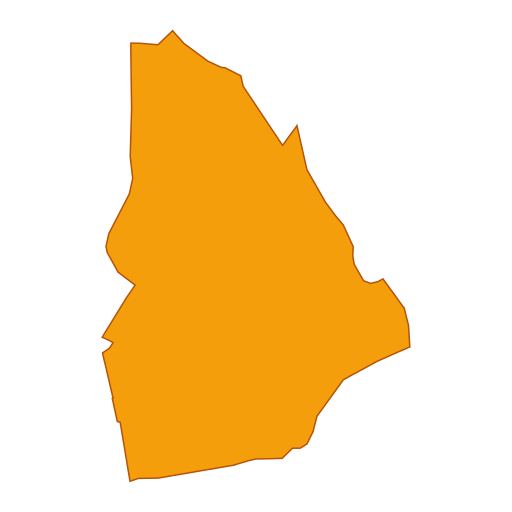 the district of Gharb Jabal Marrah, Central Darfur, Sudan
{"feature_id": "16777658B15584581797424", "entity_name": "Gharb Jabal Marrah", "entity_type": "district", "adm_level": 2, "iso_a3": "SDN", "parent_name": "Sudan", "parent_adm1": "Central Darfur", "projection": "equal_earth", "projection_center": [24.023, 13.095], "detail": "fine", "context": "isolated", "style": "filled", "palette": "amber", "viewbox_px": 512, "rotation_deg": 0, "n_neighbors": 0, "source": "geoboundaries", "source_scale": "gbopen_adm2", "svg_char_len": 3314}
<svg xmlns="http://www.w3.org/2000/svg" viewBox="0 0 512 512"><path d="M296.9,125.7L296.7,126.1L296.5,126.3L294.6,129.0L294.1,129.6L293.5,130.4L293.4,130.6L293.2,130.9L292.4,131.9L292.3,132.1L292.0,132.4L291.6,133.0L291.0,133.8L290.9,134.0L290.4,134.7L289.9,135.3L287.5,138.6L287.1,139.1L286.7,139.7L286.5,140.0L285.8,140.9L285.6,141.2L285.5,141.3L285.3,141.7L285.2,141.8L284.8,142.4L284.4,142.9L284.2,143.2L283.9,143.5L283.6,144.0L283.4,144.2L283.0,144.8L282.9,145.0L282.7,145.1L282.5,145.3L282.3,145.0L282.1,144.6L281.9,144.4L281.8,144.2L281.7,144.1L281.4,143.7L280.8,142.7L279.6,141.0L277.1,137.2L275.9,135.4L269.2,125.4L268.0,123.6L255.9,105.4L243.2,86.4L240.8,75.7L240.5,75.6L237.5,74.1L235.9,73.3L233.6,72.1L233.2,71.9L231.4,71.0L230.6,70.6L230.4,70.5L230.1,70.4L229.9,70.2L229.7,70.1L228.7,69.6L228.0,69.3L226.9,68.7L226.4,68.5L226.1,68.3L225.7,68.0L225.5,67.9L225.3,67.8L225.1,67.8L224.8,67.7L223.4,67.6L222.6,67.5L222.0,67.4L221.6,67.4L221.4,67.4L221.2,67.4L220.8,67.2L220.0,66.8L218.8,66.3L218.0,65.9L217.4,65.6L208.8,61.6L208.6,61.5L207.8,61.1L207.6,61.0L207.3,60.7L206.8,60.3L205.6,59.5L202.0,56.8L201.9,56.7L200.1,55.4L195.8,52.2L194.1,51.0L187.7,46.2L183.8,43.4L183.1,42.5L178.2,37.0L175.9,34.5L174.2,32.6L174.1,32.4L173.8,32.0L173.5,31.7L173.3,31.5L173.1,31.3L172.8,31.0L172.8,30.9L172.6,30.7L172.4,30.9L170.4,32.8L169.7,33.5L165.3,37.7L161.8,41.1L160.6,42.2L159.9,42.9L158.9,43.8L158.2,44.5L157.8,44.8L155.9,44.6L154.9,44.5L148.7,44.0L144.2,43.6L139.4,43.2L137.9,43.2L135.1,43.2L132.5,43.1L130.9,43.1L130.8,46.8L130.8,47.4L131.3,87.0L131.6,108.9L130.2,156.5L132.7,178.4L129.3,194.0L108.8,233.7L106.0,246.4L107.2,252.4L118.1,272.2L135.1,285.1L126.6,297.5L107.1,329.2L105.1,332.4L102.2,337.3L110.0,340.8L113.0,342.7L109.5,348.1L103.9,352.0L102.5,352.9L104.4,361.2L105.4,365.2L112.9,397.5L113.2,397.9L112.3,398.4L117.3,421.5L120.2,422.3L130.0,481.3L138.4,478.4L149.9,478.2L156.3,478.1L158.5,478.0L159.4,477.9L160.3,477.7L161.2,477.6L162.1,477.4L162.7,477.3L163.3,477.2L164.0,477.1L164.3,477.0L164.5,477.0L165.2,476.9L166.0,476.8L166.9,476.6L173.1,475.5L174.6,475.3L175.3,475.2L179.7,474.4L185.1,473.5L186.9,473.2L188.4,472.9L190.2,472.6L190.5,472.6L192.1,472.3L193.2,472.1L195.5,471.7L197.8,471.3L219.0,467.7L228.7,466.0L229.9,465.8L230.8,465.7L232.6,465.4L234.2,465.1L234.7,464.9L236.2,464.4L236.5,464.3L238.8,463.6L241.4,462.8L241.9,462.7L242.8,462.4L243.2,462.3L243.5,462.2L245.1,461.7L247.8,460.9L251.6,460.0L252.4,459.8L253.5,459.5L255.7,459.0L256.3,459.0L256.8,459.0L258.2,458.9L259.6,458.9L260.6,458.9L270.2,458.7L271.7,458.7L280.1,458.4L280.4,458.4L280.7,458.4L280.8,458.4L281.1,458.4L281.3,458.4L281.6,458.4L282.1,458.4L282.5,458.0L292.5,448.2L300.2,448.2L306.9,444.0L307.1,443.6L307.3,443.1L308.6,440.7L309.8,438.2L312.5,432.7L312.8,432.2L313.0,431.7L313.3,430.7L313.5,429.9L313.9,428.2L314.2,427.1L316.4,418.3L316.6,417.8L317.0,416.2L343.4,379.7L351.6,375.2L376.6,361.6L379.2,360.4L379.6,360.3L379.9,360.1L383.3,358.6L391.7,354.8L403.7,349.6L409.1,347.2L409.8,347.0L409.8,346.9L409.7,344.8L408.5,325.3L404.2,308.1L402.8,306.3L393.2,293.0L389.7,288.2L383.0,278.9L378.2,281.5L370.7,283.4L363.6,280.8L354.2,264.3L352.8,256.1L353.2,246.6L343.3,225.0L335.8,216.1L325.4,202.1L307.0,169.8L306.0,165.6L297.7,128.9L297.1,126.5L296.9,125.7Z" fill="#f59e0b" stroke="#b45309" stroke-width="1.5"/></svg>